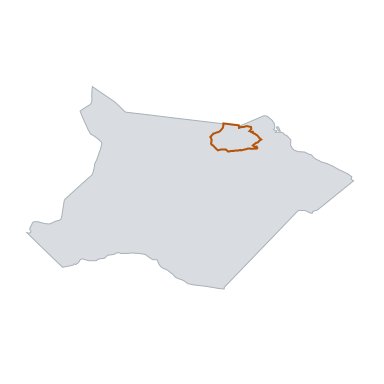 Fafi, North-Eastern, Kenya shown in context, rotated 277°
{"feature_id": "3690345B31550600225726", "entity_name": "Fafi", "entity_type": "district", "adm_level": 2, "iso_a3": "KEN", "parent_name": "Kenya", "parent_adm1": "North-Eastern", "projection": "equal_earth", "projection_center": [40.194, -0.782], "detail": "fine", "context": "in_parent", "style": "outline", "palette": "amber", "viewbox_px": 384, "rotation_deg": 277, "n_neighbors": 0, "source": "geoboundaries", "source_scale": "gbopen_adm2", "svg_char_len": 6859}
<svg xmlns="http://www.w3.org/2000/svg" viewBox="0 0 384 384"><g transform="rotate(277 192 192)"><path d="M99.6,235.7L99.5,230.4L100.1,216.9L100.0,205.0L100.5,199.0L102.7,195.3L103.7,192.5L104.4,188.7L105.6,185.6L108.1,183.0L108.6,181.6L111.4,177.4L113.0,171.9L114.2,170.1L115.8,168.4L116.9,167.5L118.7,166.6L120.1,166.0L120.3,165.6L120.5,164.7L120.0,161.3L120.6,160.2L121.6,158.0L122.7,155.9L123.7,154.5L124.2,153.2L124.5,150.8L124.5,149.1L124.5,146.3L124.2,140.1L123.1,134.8L122.3,129.0L122.9,127.1L122.0,123.6L121.5,123.4L120.8,122.7L119.8,119.5L119.1,116.5L118.7,115.8L115.6,113.2L114.0,107.1L112.3,105.7L111.4,99.7L111.2,97.9L112.2,91.9L112.1,90.5L111.1,89.3L108.2,88.0L105.8,85.5L106.1,84.6L106.3,83.7L105.0,83.1L101.5,72.8L106.1,66.6L110.8,60.3L116.9,52.3L122.4,45.0L127.2,38.7L131.5,33.1L131.4,34.2L131.4,35.6L131.9,36.5L132.8,37.1L134.0,36.5L135.1,35.6L136.1,35.4L142.5,37.7L143.5,39.8L143.5,42.0L143.7,43.6L143.3,45.2L142.7,50.0L142.9,54.4L144.8,57.7L146.5,60.3L147.8,63.9L148.8,65.0L150.2,65.6L154.6,65.8L161.1,66.0L167.4,66.2L167.9,66.3L169.3,66.8L175.0,71.7L180.3,76.2L184.8,80.1L189.1,83.9L193.3,87.5L196.6,90.6L199.8,91.5L205.0,92.0L208.6,92.1L212.0,93.4L217.0,94.6L220.7,95.2L222.9,95.9L229.2,96.6L230.2,96.2L232.9,92.8L236.0,87.3L237.2,84.3L241.2,81.3L248.2,77.1L253.1,74.1L258.6,71.1L261.1,73.7L264.5,77.8L266.0,79.9L267.3,80.8L269.1,81.4L271.4,81.4L272.6,81.3L275.2,80.8L281.1,80.3L284.5,80.3L281.6,85.8L278.2,92.4L271.9,104.5L267.2,110.9L263.5,115.7L263.2,116.6L263.2,122.0L263.3,135.1L263.3,161.4L263.4,187.7L263.5,214.1L263.5,227.2L263.5,231.6L266.7,237.2L269.8,242.6L273.9,249.7L276.1,253.5L276.5,254.8L276.4,257.4L273.0,262.7L270.2,265.2L266.5,266.3L265.4,266.1L263.9,265.4L263.4,266.6L262.9,268.6L262.1,268.2L261.5,267.6L261.9,271.2L262.2,272.9L261.7,275.3L259.9,277.4L259.7,279.1L255.8,283.7L250.2,284.2L247.3,286.5L246.0,288.4L245.0,292.5L245.4,298.7L243.8,303.5L243.5,305.9L240.7,309.0L239.4,311.9L238.5,314.8L237.7,316.1L236.7,322.6L235.4,326.6L235.0,327.9L234.7,329.1L233.6,331.4L233.0,333.0L232.5,334.1L229.1,344.2L226.5,348.8L224.4,348.3L223.0,350.0L222.9,350.9L222.1,350.4L220.4,348.7L216.9,345.3L213.3,341.8L209.7,338.4L206.2,334.9L202.6,331.5L199.1,328.1L195.5,324.6L192.0,321.2L189.9,319.1L189.0,317.9L188.2,315.6L187.9,315.0L186.9,314.2L185.8,314.1L185.5,313.6L185.5,312.5L185.9,310.8L187.2,307.6L187.3,305.8L187.1,303.7L186.7,300.3L186.3,299.5L184.0,297.7L179.0,294.0L174.1,290.3L169.1,286.6L164.2,282.9L159.2,279.2L154.3,275.5L149.4,271.8L144.4,268.0L139.5,264.3L134.5,260.6L129.6,256.9L124.7,253.2L119.7,249.5L114.8,245.7L109.8,242.0L104.9,238.3L103.0,236.9L101.4,235.7L99.6,235.7ZM263.9,271.8L263.0,272.1L263.5,270.3L266.0,268.0L267.1,268.5L267.3,269.1L267.2,269.5L266.8,270.0L263.9,271.8Z" fill="#d9dde1" stroke="#a8b0b8" stroke-width="1"/><path d="M236.5,212.7L236.7,213.0L237.2,214.4L237.7,215.5L237.8,215.8L237.8,216.4L238.0,217.8L238.1,218.3L238.2,219.2L238.2,219.7L238.3,220.1L238.3,220.4L238.3,220.5L238.2,220.7L238.1,220.8L237.9,220.9L237.8,221.0L237.7,221.2L237.5,221.5L237.4,221.8L237.0,222.4L236.9,222.5L236.7,222.7L236.6,222.8L236.7,223.0L236.7,223.5L236.7,223.8L236.7,224.0L236.8,224.1L236.9,224.3L237.1,224.6L237.2,224.8L237.2,225.0L237.2,225.3L237.3,225.6L237.4,225.8L237.5,225.9L237.5,226.0L237.6,226.3L237.6,226.7L237.6,226.9L237.6,227.0L237.8,227.2L237.8,227.4L237.8,227.5L237.8,227.8L237.7,228.0L237.7,228.3L237.8,228.5L238.0,228.8L238.1,229.0L238.2,229.3L238.3,229.7L238.3,230.0L238.5,230.2L238.5,230.3L238.6,230.5L238.6,230.9L238.6,231.2L238.6,231.3L238.6,231.6L238.7,231.8L238.7,232.0L238.6,232.3L238.7,232.5L238.8,232.6L238.8,232.8L239.0,233.0L239.1,233.4L239.1,233.6L239.2,233.8L239.2,234.0L239.3,234.2L239.4,234.3L239.4,234.5L239.4,234.9L239.5,235.0L239.4,235.1L239.4,235.3L239.4,235.7L239.3,235.8L239.5,236.1L239.6,236.4L239.7,236.6L239.8,236.9L239.9,237.3L240.1,237.7L240.1,237.8L240.2,238.1L240.3,238.3L240.4,238.6L240.5,238.8L240.6,239.0L240.8,239.4L241.0,240.1L241.0,240.3L241.0,240.5L241.2,240.8L241.3,241.0L241.4,241.3L241.7,241.7L241.8,241.9L241.8,242.0L241.9,242.5L242.0,243.1L242.1,243.3L242.2,243.5L242.2,243.9L242.2,244.0L242.2,244.3L242.1,244.6L242.0,245.0L242.0,245.4L242.0,245.5L242.2,245.9L242.2,246.0L242.3,246.3L242.3,246.6L242.5,247.9L242.7,249.0L242.8,249.7L242.8,249.9L242.9,250.3L242.9,250.5L243.0,250.7L243.0,250.9L243.1,251.0L243.2,251.3L243.3,251.4L243.5,251.4L243.8,251.4L244.1,251.3L244.1,251.2L245.0,250.6L244.4,249.0L244.5,248.8L245.6,246.7L246.4,247.5L248.5,249.5L248.6,249.9L248.9,250.4L249.0,250.7L249.2,251.1L249.4,251.5L249.5,251.7L250.2,252.0L250.8,252.2L251.0,252.3L251.2,252.7L251.3,252.8L251.4,253.1L251.7,253.4L251.8,253.4L252.0,253.5L252.3,253.7L252.5,253.8L252.6,254.1L254.1,251.9L254.3,251.8L254.5,251.6L254.6,251.4L254.8,251.3L254.9,251.2L255.1,251.0L255.3,250.8L255.6,250.5L255.7,250.4L255.9,250.0L256.2,249.8L256.3,249.5L256.4,249.4L256.4,249.2L256.5,249.0L256.6,248.8L256.8,248.5L256.8,248.3L256.9,248.2L257.2,247.8L257.3,247.7L257.5,247.5L257.5,247.4L257.5,247.2L257.5,246.9L257.5,246.5L257.5,246.4L257.6,246.2L257.8,246.0L257.8,245.9L257.8,245.6L257.9,245.4L258.0,245.1L258.3,245.1L258.5,245.1L258.9,245.1L259.0,245.1L259.3,245.0L259.3,244.9L259.2,244.7L259.1,244.4L259.0,244.2L258.9,243.9L258.8,243.7L258.8,243.4L258.8,243.2L259.0,242.9L259.1,242.7L259.3,242.4L259.4,242.1L259.5,241.9L259.5,241.7L262.0,243.3L262.2,243.5L262.3,243.6L262.4,243.8L262.4,243.0L263.7,242.7L264.1,238.1L263.8,237.4L263.5,236.9L263.4,236.6L263.3,236.4L263.2,236.2L263.0,235.9L263.0,235.6L262.9,235.3L262.7,234.9L262.7,234.6L262.6,234.2L262.6,233.9L262.6,233.5L262.6,233.4L262.5,233.2L262.5,232.9L262.4,232.7L262.2,232.4L261.9,231.9L261.8,231.6L261.7,231.5L261.6,231.4L261.5,231.2L261.4,230.9L261.5,230.9L263.9,230.3L263.9,214.8L262.8,214.8L262.7,214.8L262.2,215.0L261.9,215.0L261.6,215.0L261.4,215.0L261.1,215.0L260.5,214.9L259.9,214.8L259.4,214.7L259.2,214.6L258.8,214.4L257.9,213.8L256.7,213.0L256.1,212.6L255.8,212.3L255.1,211.5L254.9,211.1L254.7,210.9L254.5,210.4L254.4,210.0L254.3,209.8L254.2,209.6L254.1,209.3L254.1,209.2L254.0,208.9L253.9,208.7L253.7,208.5L253.6,208.3L253.5,208.2L253.4,208.0L253.2,207.8L253.1,207.6L253.0,207.4L252.9,207.2L252.8,206.9L252.7,206.6L252.7,206.4L252.7,206.2L252.4,206.2L252.1,206.0L252.0,205.9L251.9,205.8L251.7,205.6L251.4,205.3L251.2,205.1L250.9,204.8L250.8,204.7L250.7,204.7L250.3,204.6L250.2,204.6L250.0,204.4L249.9,204.4L249.7,204.3L249.7,204.2L249.5,203.8L249.3,203.6L249.2,203.5L248.9,203.5L248.7,203.6L247.8,204.2L247.6,204.4L247.3,204.6L247.0,204.8L246.8,204.8L246.7,204.9L246.3,205.0L246.1,205.1L245.8,205.1L245.7,205.2L245.4,205.1L245.2,205.0L244.9,205.0L244.5,205.1L244.3,205.1L244.2,205.1L243.7,205.2L242.7,205.0L242.4,205.0L242.2,205.2L241.8,205.4L241.5,205.5L241.4,205.6L241.3,205.9L240.9,206.9L240.9,207.0L239.7,208.5L237.7,210.9L237.6,211.1L236.5,212.7Z" fill="none" stroke="#b45309" stroke-width="2"/></g></svg>